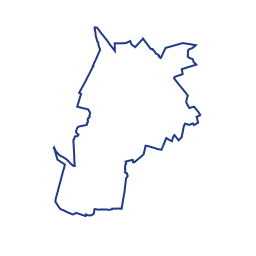 outline of Cefa, Bihor, Romania, rotated 286°
{"feature_id": "2599482B41773522941584", "entity_name": "Cefa", "entity_type": "district", "adm_level": 2, "iso_a3": "ROU", "parent_name": "Romania", "parent_adm1": "Bihor", "projection": "equal_earth", "projection_center": [21.696, 46.898], "detail": "fine", "context": "isolated", "style": "outline", "palette": "blue", "viewbox_px": 256, "rotation_deg": 286, "n_neighbors": 0, "source": "geoboundaries", "source_scale": "gbopen_adm2", "svg_char_len": 5526}
<svg xmlns="http://www.w3.org/2000/svg" viewBox="0 0 256 256"><g transform="rotate(286 128 128)"><path d="M226.3,170.3L225.9,167.2L225.7,164.9L225.2,161.2L225.0,159.2L224.7,157.7L224.6,157.0L224.5,156.9L222.8,154.1L222.6,153.8L215.3,142.0L204.5,140.3L204.2,139.9L204.7,139.1L205.6,137.7L206.3,137.8L206.5,137.3L207.4,134.1L209.3,131.9L210.0,130.4L210.1,130.2L210.4,130.3L210.5,130.2L210.7,129.5L210.7,129.4L210.5,129.1L210.3,128.6L210.3,128.2L211.3,126.7L214.8,122.1L215.7,120.8L217.7,118.3L218.0,117.9L217.9,117.9L217.4,117.6L215.8,116.7L215.2,116.4L212.7,115.1L210.2,113.9L207.7,112.6L208.0,111.9L208.6,110.2L209.0,109.2L209.3,108.5L209.6,108.1L210.3,107.5L211.8,106.4L212.2,106.2L209.1,102.6L207.8,99.0L205.7,91.9L198.5,94.1L203.9,86.7L205.1,85.4L205.6,84.7L206.6,83.5L207.1,82.7L208.0,81.4L209.4,79.5L210.3,78.3L211.3,76.7L213.5,73.8L214.3,72.7L216.0,70.5L215.8,70.1L215.7,69.7L215.6,69.2L215.6,68.9L215.6,68.7L215.7,68.4L215.6,68.2L215.3,68.3L214.1,68.6L213.9,68.8L212.5,69.5L211.5,70.0L210.7,70.5L208.8,71.1L207.9,71.5L207.2,71.9L204.3,73.7L202.5,74.8L202.3,75.5L202.1,75.7L201.7,75.9L201.1,76.1L199.9,76.7L199.3,77.0L197.2,78.4L195.8,79.5L195.4,79.7L193.8,79.4L191.6,79.1L187.4,78.5L184.9,78.2L183.2,77.9L181.4,77.6L179.8,77.4L177.7,77.2L177.7,77.5L177.4,77.4L160.5,74.1L155.2,72.9L154.8,72.8L149.1,71.5L148.3,71.4L147.9,73.5L147.1,73.4L146.7,73.5L144.1,73.4L140.8,73.4L137.9,73.3L137.7,73.3L134.5,73.3L134.6,77.5L134.8,81.8L134.9,84.5L132.8,86.8L132.3,87.3L132.2,87.4L132.0,87.5L131.5,87.6L131.2,87.6L130.0,87.5L129.7,87.4L129.3,87.5L129.0,87.7L128.6,87.9L128.2,88.0L127.7,88.1L127.4,88.0L127.2,87.7L127.0,87.4L126.8,87.2L126.6,87.0L126.4,87.0L126.1,87.0L125.9,87.0L125.7,87.0L124.6,86.9L124.3,87.1L124.0,87.4L123.8,87.5L122.8,87.8L122.6,87.8L122.4,87.8L122.1,87.6L121.9,87.4L121.7,87.3L121.5,87.2L121.0,87.3L119.6,87.5L119.3,86.9L118.2,84.8L116.3,81.1L115.4,80.0L114.9,79.4L114.0,79.2L110.7,78.9L110.2,79.1L109.1,79.7L108.9,79.9L108.8,80.2L108.6,80.9L108.4,81.3L108.1,81.9L107.9,82.3L107.7,82.3L107.3,82.1L106.6,81.8L106.4,81.7L105.9,80.8L105.3,79.3L104.5,79.2L103.5,79.3L102.9,79.3L101.3,78.8L90.2,82.7L84.6,84.6L84.0,84.7L83.1,85.0L79.9,86.1L79.7,86.2L78.3,86.7L76.8,87.2L76.5,86.1L76.6,85.9L76.7,85.6L77.1,84.6L78.0,82.5L78.2,82.1L78.7,81.5L78.9,81.3L79.5,80.1L80.3,78.8L80.7,78.0L81.1,76.9L81.6,75.3L82.0,74.1L82.2,73.0L82.5,71.0L83.3,68.8L84.7,66.9L85.3,65.6L85.5,65.1L86.3,64.6L86.8,64.1L88.1,63.0L88.4,62.6L88.9,62.3L88.3,62.1L88.1,62.4L87.5,63.0L86.3,63.9L84.5,65.0L84.0,65.4L82.5,66.2L78.2,68.9L77.5,71.1L76.8,73.3L76.2,75.3L75.5,77.4L72.8,77.5L71.8,77.6L68.2,77.5L64.7,77.6L54.1,77.8L51.8,77.8L49.7,77.9L44.8,78.0L42.4,78.0L41.4,78.0L39.7,78.1L37.6,78.4L37.2,78.5L35.8,80.0L34.3,81.8L32.7,83.6L31.5,85.3L31.4,85.7L31.2,87.8L30.9,90.1L30.3,92.8L30.1,95.2L29.9,96.7L29.8,97.2L29.7,98.2L29.7,98.5L29.7,98.8L30.0,99.2L30.1,99.5L30.5,100.0L30.8,100.3L31.1,100.6L31.8,101.2L32.0,101.5L32.1,103.0L32.0,104.3L31.9,105.7L31.9,106.3L31.8,107.9L31.7,111.5L33.3,111.4L33.2,112.3L33.1,113.1L33.2,114.3L33.4,115.4L34.2,117.0L35.9,118.7L39.0,118.4L40.8,118.2L41.2,120.1L41.1,120.9L41.3,121.7L41.7,123.0L42.0,123.9L42.8,126.4L43.2,128.0L43.5,128.9L44.0,131.3L44.1,132.2L44.3,132.8L44.4,133.0L44.6,133.5L44.8,133.8L45.5,135.1L46.1,135.0L46.4,136.1L46.6,136.6L47.1,138.5L47.7,140.1L48.0,141.3L48.6,144.1L61.9,142.6L65.3,142.3L69.2,141.6L71.8,141.2L73.9,140.9L76.0,140.5L76.9,140.4L78.3,140.0L78.9,140.1L79.7,140.3L81.4,140.9L81.6,140.9L81.8,140.9L82.0,140.8L82.4,140.5L82.8,140.1L83.2,140.0L83.6,139.8L84.0,139.7L84.2,139.3L84.2,138.9L84.2,138.6L84.1,138.3L84.2,138.0L84.4,137.6L84.7,137.4L84.8,137.2L85.1,137.2L86.7,137.1L87.0,137.0L87.2,136.9L87.6,136.5L87.9,136.3L88.2,136.4L90.4,135.8L91.2,135.6L91.9,135.7L92.4,135.8L92.7,136.0L93.1,136.1L93.5,136.0L93.7,135.8L93.9,135.5L94.2,135.3L94.5,135.2L95.1,135.0L95.4,135.5L96.3,137.1L97.7,139.5L98.7,141.2L98.3,141.5L96.8,142.1L96.5,142.3L96.7,142.8L96.7,143.3L96.8,143.5L97.2,143.8L99.3,145.2L103.4,148.0L105.9,149.6L107.2,150.3L115.8,149.8L115.9,150.3L116.1,152.3L116.1,153.9L116.1,155.4L116.1,156.6L116.1,158.3L116.1,159.6L115.9,161.4L115.9,162.4L116.1,164.1L116.3,166.2L128.9,167.6L128.3,169.4L127.8,171.6L127.5,173.0L127.3,173.7L127.3,173.8L130.2,173.9L132.3,174.0L133.7,174.4L134.0,174.5L133.9,174.8L133.7,175.1L130.1,180.0L134.1,182.2L135.4,182.0L138.9,181.7L141.9,181.4L143.1,181.3L144.7,181.2L146.4,181.4L147.5,181.6L147.9,181.6L148.0,181.7L147.8,186.0L150.3,189.1L149.0,190.7L150.3,191.9L152.5,193.9L154.2,192.9L157.7,190.9L158.2,191.6L158.5,192.1L158.8,192.4L159.4,192.8L159.6,193.1L159.8,193.5L160.0,193.7L160.5,193.8L160.6,193.7L162.0,192.2L162.8,191.3L163.4,190.3L166.6,185.8L166.2,184.8L165.0,182.8L164.1,181.5L165.0,180.5L166.8,178.7L167.6,178.0L168.8,176.9L169.1,176.8L169.6,176.7L170.4,176.6L171.5,176.6L172.4,176.5L173.2,176.5L174.0,176.5L175.6,176.6L176.3,175.6L176.6,175.3L177.1,174.7L177.3,174.4L181.8,167.9L183.7,165.1L188.5,158.5L188.8,158.6L189.1,158.7L189.7,158.7L190.0,158.7L194.8,165.7L198.5,163.9L199.4,163.5L200.2,164.8L200.9,165.8L201.6,166.8L202.4,168.0L207.7,176.2L208.3,175.3L208.7,174.5L209.1,173.7L209.4,173.0L209.6,172.9L209.8,172.8L211.1,171.9L211.7,171.5L211.9,171.2L212.1,170.9L212.2,170.7L212.2,169.6L212.1,168.4L212.1,168.2L213.0,166.0L213.2,165.8L213.5,165.6L214.5,165.5L218.2,164.5L218.4,164.4L219.7,164.6L220.1,164.7L220.5,165.0L220.8,165.4L221.1,165.7L221.4,166.2L221.6,166.7L222.0,167.2L222.4,167.7L223.3,168.3L224.5,169.1L225.1,169.6L225.8,170.1L226.1,170.2L226.3,170.3Z" fill="none" stroke="#1e3a8a" stroke-width="2"/></g></svg>